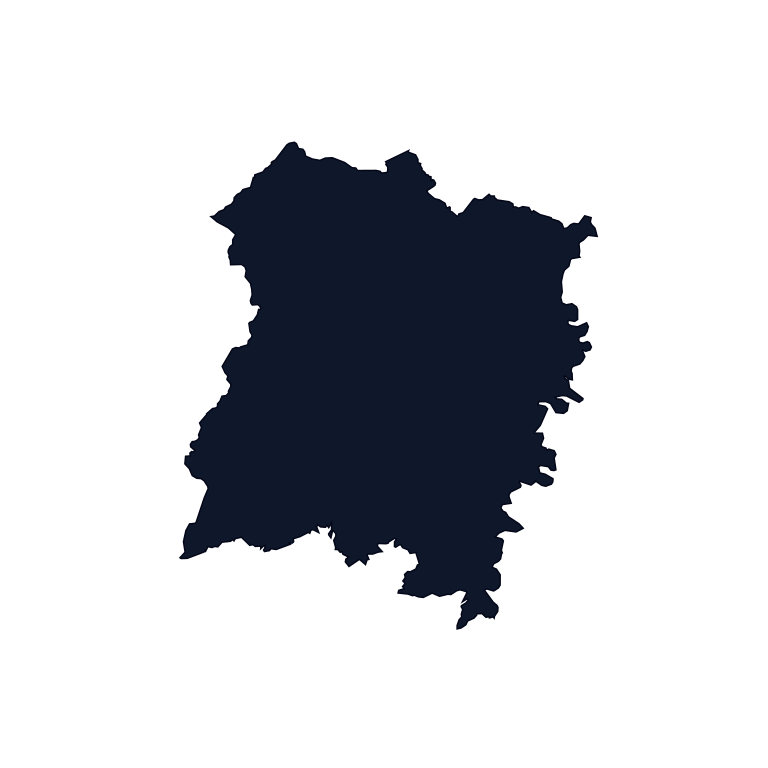 outline of Ahuatlán, Puebla, Mexico, rotated 337°
{"feature_id": "50627088B15804587261784", "entity_name": "Ahuatlán", "entity_type": "district", "adm_level": 2, "iso_a3": "MEX", "parent_name": "Mexico", "parent_adm1": "Puebla", "projection": "albers", "projection_center": [-98.289, 18.572], "detail": "fine", "context": "isolated", "style": "filled", "palette": "ink", "viewbox_px": 768, "rotation_deg": 337, "n_neighbors": 0, "source": "geoboundaries", "source_scale": "gbopen_adm2", "svg_char_len": 6171}
<svg xmlns="http://www.w3.org/2000/svg" viewBox="0 0 768 768"><g transform="rotate(337 384 384)"><path d="M576.7,274.8L574.3,272.4L572.1,271.6L573.0,268.6L570.4,265.1L560.2,258.9L558.6,255.6L559.0,254.1L555.7,252.6L554.8,250.4L546.7,252.8L543.0,251.5L540.1,248.7L538.6,248.9L523.8,257.2L519.4,256.7L518.3,258.0L516.8,258.2L514.0,252.4L512.4,250.7L513.9,247.3L513.6,246.6L510.4,246.5L510.8,241.5L506.9,236.1L502.9,233.1L499.2,225.8L498.9,223.3L499.7,222.7L506.8,221.5L508.8,220.8L509.9,219.2L509.5,215.8L508.6,214.9L507.0,215.0L508.2,211.5L506.4,210.4L506.3,208.9L504.2,207.3L504.3,205.5L502.5,201.6L503.2,200.7L502.8,197.0L503.9,195.4L501.7,193.7L503.0,190.5L502.6,185.4L497.6,180.7L497.0,179.4L497.7,178.8L472.4,180.0L472.6,181.6L471.5,182.6L472.2,185.7L470.3,190.1L468.4,190.2L464.1,188.8L463.5,186.7L460.1,184.3L443.1,177.2L442.4,174.1L439.0,172.4L434.4,164.8L424.8,155.5L418.2,153.1L412.4,153.1L406.1,149.0L400.9,143.6L401.7,139.2L401.0,136.2L397.3,133.9L397.3,128.6L396.0,126.5L390.9,125.4L388.1,125.9L371.6,135.3L367.8,135.7L366.7,136.3L366.3,137.8L361.5,139.4L359.2,139.3L355.4,141.5L346.8,141.0L345.5,143.6L344.5,142.8L337.9,150.9L330.1,149.9L326.8,151.9L322.9,152.1L318.9,154.0L317.3,156.9L313.8,158.9L307.3,159.2L304.8,161.0L299.6,160.8L293.6,163.1L290.1,162.3L293.8,169.6L301.8,179.6L305.9,188.5L301.1,192.1L299.2,196.5L296.0,197.3L293.1,199.8L292.0,201.8L291.9,205.1L290.9,206.4L290.9,209.9L289.4,214.3L299.6,218.3L301.8,221.8L301.5,225.8L298.1,231.0L300.4,239.1L299.3,245.0L297.4,250.6L293.6,255.0L293.1,257.6L293.6,259.8L298.9,261.6L300.0,263.7L300.1,266.2L298.7,267.1L297.7,266.4L294.5,270.8L288.3,274.9L284.5,274.8L283.3,275.4L281.1,283.7L281.7,287.3L280.3,289.4L276.0,291.2L273.9,294.7L266.3,293.8L265.2,294.5L261.8,292.5L258.2,292.5L241.9,304.6L242.1,311.6L243.5,315.6L241.1,318.5L242.9,324.1L242.1,326.4L238.0,329.8L237.6,331.4L234.3,333.0L230.1,331.9L226.2,335.8L223.1,337.1L221.8,339.9L219.5,340.3L216.5,339.6L209.1,342.1L209.1,342.7L199.0,347.8L199.0,352.8L193.4,358.4L193.1,361.0L190.9,362.5L187.6,362.9L184.9,362.1L182.2,363.9L181.5,366.3L183.9,371.3L182.0,372.2L180.5,371.0L178.3,371.8L177.6,374.5L173.1,373.0L169.5,379.7L171.7,385.8L171.7,393.4L174.8,397.6L178.6,399.6L180.6,402.8L181.7,409.1L181.4,411.5L174.2,418.4L156.9,438.0L155.7,438.4L150.3,436.8L144.4,441.5L137.8,450.8L135.2,461.1L128.3,464.2L129.1,465.4L134.8,467.6L152.7,468.3L154.4,467.5L154.5,468.2L158.4,464.9L161.7,467.3L164.7,467.4L167.4,469.0L173.1,466.3L181.2,468.8L184.1,468.1L184.6,469.8L186.7,468.2L192.9,469.4L197.4,480.1L200.5,480.6L202.0,483.2L206.3,484.7L207.0,486.0L206.2,487.4L210.2,485.9L211.3,486.2L210.2,488.5L208.2,489.8L208.5,491.5L213.4,492.6L215.7,491.5L220.1,494.2L235.1,494.9L234.4,493.4L237.5,494.6L239.2,493.9L240.0,491.0L247.0,491.7L256.3,491.0L257.4,492.4L259.6,490.0L261.8,490.4L265.9,495.3L266.2,489.1L268.1,487.7L269.7,490.7L274.1,493.0L276.4,491.8L277.0,494.6L281.4,491.3L278.8,497.6L274.4,500.3L274.2,501.4L275.0,504.9L279.7,498.4L281.2,503.0L280.1,505.4L276.6,508.3L275.6,515.7L274.5,517.3L276.9,518.4L277.9,521.8L279.6,521.7L279.7,524.7L283.7,529.4L280.4,530.4L278.9,532.7L280.5,538.3L292.9,535.8L296.4,543.0L299.6,539.3L301.6,539.5L301.6,534.8L303.0,534.3L307.0,536.1L313.1,536.5L316.9,537.6L314.5,530.7L316.1,528.4L323.6,531.9L325.8,532.1L326.6,531.2L333.3,530.2L334.1,530.7L334.2,532.1L332.0,533.4L330.1,537.7L331.0,538.8L335.0,538.1L336.7,538.6L337.2,541.9L341.3,546.0L341.8,550.1L347.5,551.6L346.2,563.7L344.0,563.7L341.1,566.7L335.0,567.2L332.5,565.9L328.6,567.3L327.9,570.5L324.4,572.7L325.4,575.5L325.0,576.2L322.0,577.6L322.5,580.3L316.9,579.7L315.3,581.9L324.1,586.8L327.5,590.0L329.3,590.2L332.4,593.3L336.7,595.8L346.6,595.3L352.2,601.1L360.7,602.5L363.3,603.9L370.1,602.7L373.7,603.2L378.9,607.5L378.4,608.8L371.1,615.1L376.6,614.2L377.3,615.8L373.7,617.6L368.7,618.3L368.0,619.2L368.4,622.2L365.2,626.2L364.5,628.8L361.0,630.4L356.9,634.9L355.6,638.0L359.6,638.7L365.3,637.6L368.4,634.8L375.3,634.7L378.8,633.1L379.8,631.8L385.5,634.1L384.9,634.5L386.7,638.6L389.9,639.2L389.6,640.5L393.5,641.1L393.9,642.6L395.0,640.9L399.8,637.8L401.6,634.2L401.5,631.9L399.3,627.6L396.0,613.5L396.7,612.7L398.9,613.0L403.8,617.2L404.9,617.3L409.7,616.4L412.3,614.5L416.4,605.0L415.2,598.4L412.3,595.3L412.6,594.1L414.9,592.3L420.1,591.9L423.0,590.5L426.0,586.0L426.9,585.7L427.0,583.0L432.6,575.0L432.0,572.7L426.5,568.2L431.6,566.2L438.2,566.0L447.8,571.8L455.8,571.2L453.6,565.3L446.6,554.8L445.9,549.8L443.8,547.5L443.1,543.8L445.1,541.8L446.2,541.3L454.5,543.5L455.0,536.6L456.0,534.6L458.5,532.9L469.2,532.3L470.5,530.9L470.2,527.6L470.8,526.4L479.9,534.5L484.9,533.2L485.5,532.4L489.6,538.9L492.9,541.3L499.0,541.6L501.0,540.2L502.6,537.3L497.1,530.0L492.7,526.7L493.8,520.6L496.4,520.2L501.5,523.4L503.0,524.4L504.0,528.5L506.7,530.1L508.7,530.2L511.7,518.6L514.8,515.9L514.6,511.9L510.2,508.3L507.9,508.4L508.0,506.2L505.0,503.6L504.6,501.4L509.7,496.3L510.6,491.2L503.7,488.2L504.1,487.0L511.8,483.1L524.9,470.8L523.7,467.6L517.5,463.2L519.6,460.8L526.2,463.5L529.7,467.1L531.1,477.5L537.8,481.2L542.2,480.2L546.4,473.9L544.5,473.0L541.6,467.5L537.3,465.3L536.4,463.0L543.3,464.2L547.3,466.3L556.4,477.1L560.8,476.2L561.5,475.1L553.2,460.5L555.0,453.1L552.9,449.6L553.1,447.3L554.2,447.7L555.9,451.7L559.0,453.8L561.3,447.6L561.2,445.2L563.2,442.3L565.3,441.6L572.0,442.1L576.3,440.0L579.6,437.2L579.7,431.2L580.3,430.5L582.4,432.7L587.0,433.1L589.4,431.0L589.2,426.2L587.7,424.4L583.2,424.1L580.4,422.1L580.2,420.2L581.4,417.7L582.7,417.1L587.7,417.6L591.4,415.0L594.5,411.1L594.4,406.8L584.6,407.0L579.1,403.6L577.0,401.2L577.3,398.9L578.6,397.4L584.0,400.8L587.4,400.3L591.3,391.1L591.3,388.1L588.4,383.5L582.7,382.3L579.6,379.0L580.5,373.2L584.0,369.0L587.2,359.2L591.7,352.7L594.5,349.7L600.2,347.8L604.2,342.5L605.7,341.9L613.9,343.8L613.5,342.5L616.0,338.2L618.2,331.2L619.3,330.1L623.7,329.4L629.9,326.8L637.9,331.4L639.1,323.0L637.4,318.4L637.2,315.5L639.7,311.8L634.5,307.6L626.4,312.4L625.0,312.4L621.4,310.3L618.1,310.3L613.7,311.9L610.2,311.2L610.4,306.0L608.5,302.4L602.7,297.5L602.8,296.2L593.8,289.0L589.4,282.9L587.0,283.7L586.3,278.2L581.0,274.9L576.7,274.8Z" fill="#0f172a" stroke="#020617" stroke-width="1.5"/></g></svg>